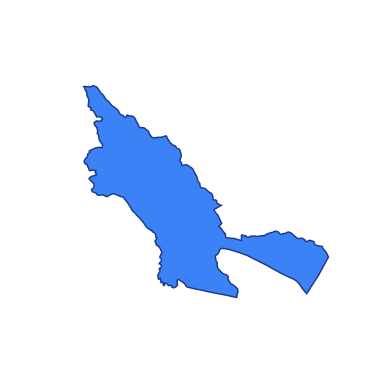 Citlaltépetl, Veracruz, Mexico, rotated 150°
{"feature_id": "50627088B61699317845767", "entity_name": "Citlaltépetl", "entity_type": "district", "adm_level": 2, "iso_a3": "MEX", "parent_name": "Mexico", "parent_adm1": "Veracruz", "projection": "albers", "projection_center": [-97.89, 21.337], "detail": "fine", "context": "isolated", "style": "filled", "palette": "blue", "viewbox_px": 384, "rotation_deg": 150, "n_neighbors": 0, "source": "geoboundaries", "source_scale": "gbopen_adm2", "svg_char_len": 6094}
<svg xmlns="http://www.w3.org/2000/svg" viewBox="0 0 384 384"><g transform="rotate(150 192 192)"><path d="M274.5,255.1L274.2,252.7L272.9,249.2L273.1,247.3L274.1,245.7L275.3,244.6L277.1,244.6L278.1,244.0L278.1,242.4L277.7,241.4L276.9,240.6L275.6,238.7L275.6,237.1L274.6,236.0L272.8,235.2L270.3,233.7L269.5,232.9L269.2,231.7L268.4,230.7L266.0,230.4L262.2,230.3L260.6,229.5L259.6,228.5L257.8,226.2L256.6,224.3L254.0,221.9L254.0,220.4L253.8,218.8L253.1,214.9L252.9,205.4L251.9,202.2L251.3,198.7L250.3,195.9L250.2,193.9L249.8,192.3L249.6,190.9L249.4,190.3L249.1,186.1L248.8,183.6L248.3,182.4L246.7,179.3L246.1,179.2L246.2,177.9L246.0,177.2L244.9,175.8L244.7,173.7L245.0,173.2L245.1,172.6L245.7,171.4L245.9,170.7L245.3,170.2L245.7,169.5L246.7,168.8L248.6,168.0L248.9,167.3L248.5,166.0L248.9,165.2L249.3,164.7L249.3,163.4L248.5,162.8L248.2,162.3L248.3,161.8L247.9,160.4L247.8,158.5L247.9,157.9L248.1,157.0L248.0,155.6L248.7,154.2L249.9,153.7L252.3,151.8L252.6,151.2L252.2,149.0L253.0,147.5L254.0,147.0L255.1,147.0L255.9,146.7L256.3,146.2L255.6,145.6L255.3,144.2L255.5,142.9L256.3,142.2L257.2,141.9L258.2,142.1L259.0,141.7L258.7,140.6L259.2,139.8L261.5,138.1L263.5,136.8L263.7,135.4L264.4,134.4L264.6,133.2L263.7,133.0L262.5,133.2L262.6,132.5L263.6,130.5L264.1,129.0L262.2,128.5L261.8,127.4L263.1,126.8L263.2,125.3L262.5,124.9L261.6,126.0L260.9,126.4L259.8,125.7L259.4,125.0L259.4,123.0L258.8,122.5L257.1,121.9L256.4,120.8L257.1,120.0L255.9,118.2L254.5,118.0L252.5,118.0L250.9,119.0L250.4,120.5L249.8,121.6L249.5,122.8L247.4,123.3L246.1,120.4L244.7,117.6L244.0,115.5L244.3,114.0L243.9,112.4L239.0,107.6L232.3,101.8L228.5,98.2L222.4,92.8L216.9,88.1L211.7,83.5L211.1,82.8L206.0,78.3L205.3,79.1L205.1,80.1L204.2,80.5L204.1,81.0L202.9,81.7L202.1,82.5L201.9,83.5L201.2,84.2L201.0,85.5L201.3,86.8L201.9,88.4L202.6,90.4L203.7,92.5L204.3,93.1L204.6,94.5L204.2,95.8L204.4,96.8L204.4,98.4L203.8,99.7L202.9,100.5L203.1,101.6L203.4,102.6L203.8,103.5L205.1,104.5L205.9,105.9L206.6,107.5L207.7,112.5L207.5,114.6L205.5,118.4L205.6,120.3L204.8,122.7L203.9,124.8L203.2,125.1L201.2,125.4L199.6,126.0L199.3,126.3L197.9,127.1L196.9,128.1L195.6,128.7L193.4,127.6L192.4,126.8L191.1,126.0L189.3,124.3L188.9,124.1L185.6,120.5L180.4,114.9L175.7,109.2L174.6,107.3L165.5,93.6L162.6,89.0L160.5,85.2L156.7,79.0L152.1,72.0L147.6,65.8L146.5,63.7L146.0,62.4L145.6,61.0L145.0,58.4L144.8,54.0L144.5,52.1L144.2,50.8L144.1,49.4L143.4,46.6L142.2,47.2L137.4,49.8L123.7,56.8L120.6,58.8L106.4,67.4L105.9,72.7L106.9,77.3L106.4,79.5L106.5,79.9L107.2,80.3L110.2,82.8L111.5,84.4L112.0,86.5L111.3,87.6L111.8,88.8L113.5,90.7L115.3,91.7L116.9,91.5L118.1,91.9L118.3,93.0L118.0,93.7L118.6,94.7L119.6,96.9L123.2,98.5L124.0,99.0L124.6,101.0L125.4,103.0L126.1,105.4L126.8,107.1L128.2,109.0L130.1,109.6L131.5,109.3L133.5,110.3L135.3,110.2L136.6,111.4L137.4,114.5L138.4,115.7L139.5,116.4L140.1,116.5L141.9,116.7L145.7,117.7L147.6,118.0L149.6,118.1L151.0,118.0L154.4,119.7L157.3,120.6L159.0,121.8L159.8,122.6L163.4,124.4L165.3,124.5L166.7,124.9L167.3,127.3L167.8,127.8L169.3,128.1L169.6,129.4L170.1,129.9L171.1,129.4L173.4,125.1L176.0,127.9L177.1,128.9L179.1,131.1L180.6,131.7L182.2,133.2L183.2,133.7L184.6,134.9L185.4,135.8L185.1,137.0L184.6,138.2L184.3,138.6L183.9,138.9L184.4,140.5L184.8,142.8L185.0,145.9L186.0,148.9L184.4,149.1L181.8,150.2L181.9,152.4L181.6,153.9L181.6,155.4L181.3,156.9L181.3,158.4L181.4,160.0L181.8,162.0L182.0,164.2L181.7,165.8L173.3,165.8L174.2,166.7L175.5,169.0L176.1,170.4L175.7,171.0L175.2,171.5L175.1,172.2L175.5,173.3L176.7,173.8L177.4,174.8L177.1,175.8L176.5,177.1L176.1,178.0L176.1,178.7L175.8,179.8L175.8,180.9L176.3,181.9L177.1,182.9L178.5,187.0L178.9,188.4L180.1,189.6L181.4,190.5L182.1,191.7L182.2,192.9L181.5,194.2L181.0,195.7L181.2,196.6L181.2,197.3L181.4,198.6L181.4,199.3L180.9,200.0L180.7,201.5L180.3,202.3L180.0,204.4L180.2,205.7L180.0,206.6L180.1,208.5L179.8,211.4L180.1,212.6L182.8,218.1L183.6,218.7L184.7,219.0L186.7,219.7L187.4,220.5L187.1,221.0L186.9,221.7L186.5,222.8L186.7,224.0L187.0,225.0L187.0,225.6L186.2,225.9L185.3,226.6L183.9,228.1L183.0,228.9L181.9,232.6L181.6,234.1L181.6,235.4L182.8,236.8L183.3,237.6L183.3,239.0L183.3,240.1L184.9,241.9L186.4,246.0L186.3,248.7L186.8,251.0L186.2,252.0L186.4,253.6L187.1,253.7L188.7,254.2L190.4,254.5L191.9,255.1L193.2,255.8L194.2,256.5L195.6,256.7L197.0,257.8L198.2,257.8L199.0,258.7L199.5,260.4L199.8,263.1L199.7,264.7L199.3,266.3L200.0,268.0L200.6,269.1L201.0,270.8L202.1,272.1L203.0,272.6L204.8,273.8L205.3,274.7L204.8,277.2L204.8,279.1L205.0,280.0L204.6,283.6L204.6,284.8L204.9,285.9L205.2,286.8L206.7,288.3L208.5,289.2L209.0,290.1L209.2,290.8L210.2,290.9L210.5,290.1L212.6,289.9L212.8,290.6L213.1,291.2L213.5,293.0L214.6,293.9L215.1,294.9L215.5,296.6L215.1,299.3L216.4,303.3L217.6,305.6L218.3,307.2L218.6,308.9L218.7,311.1L219.3,312.9L220.1,314.4L220.4,316.3L220.3,318.2L220.4,320.1L220.6,321.0L220.9,322.5L221.9,323.7L221.4,325.3L221.7,328.1L222.0,330.3L222.5,331.2L223.1,331.7L223.8,333.0L224.8,333.6L226.8,333.6L227.9,334.1L228.9,335.1L230.2,335.5L231.9,337.0L233.1,337.4L232.9,335.7L233.5,332.8L233.4,332.0L233.2,330.5L234.0,329.5L234.8,328.1L234.8,326.3L235.3,323.4L235.8,322.4L236.8,321.3L237.6,320.1L239.0,318.3L238.5,316.9L237.3,315.7L237.6,314.9L238.8,313.8L237.5,312.6L236.8,310.9L236.9,310.0L236.8,308.9L236.8,307.2L237.1,304.7L235.9,304.4L235.0,303.8L233.6,302.4L233.0,300.7L233.0,299.9L233.4,299.9L233.7,300.0L234.6,299.4L234.7,299.2L234.7,298.8L234.9,298.7L237.8,300.2L239.2,301.3L240.9,301.1L241.9,301.2L242.7,299.5L242.8,298.1L242.1,295.0L242.7,294.0L243.1,292.0L243.4,291.4L244.7,290.6L244.5,288.7L244.8,286.8L245.7,285.2L246.2,283.7L246.3,281.9L245.9,278.5L245.9,277.4L246.8,276.4L247.8,275.2L249.0,276.3L250.5,277.3L252.0,277.9L254.6,278.6L255.9,278.6L258.0,278.8L260.5,278.9L260.9,277.3L263.3,277.1L264.0,276.1L264.7,275.0L265.3,274.7L267.5,274.2L269.4,273.1L270.1,272.5L270.1,271.6L270.6,270.6L270.1,269.4L269.2,269.1L269.5,267.1L269.6,264.2L270.1,262.8L269.8,261.6L268.5,261.2L267.4,260.6L266.5,260.4L264.6,258.4L265.9,257.6L266.1,254.6L270.0,255.4L271.7,255.9L274.5,255.1Z" fill="#3b82f6" stroke="#1e3a8a" stroke-width="1.5"/></g></svg>